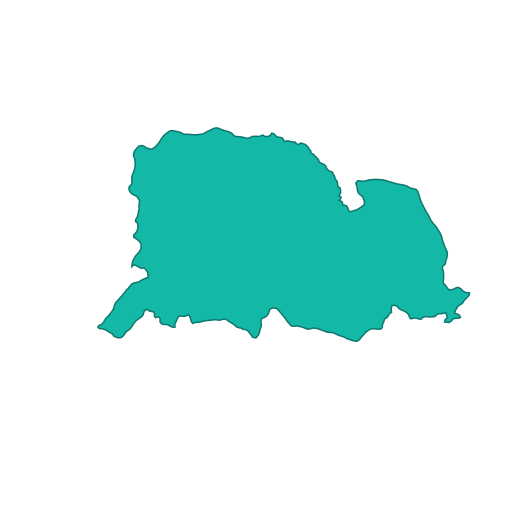 outline of Minas Novas, Minas Gerais, Brazil, rotated 151°
{"feature_id": "56859067B75045763241857", "entity_name": "Minas Novas", "entity_type": "district", "adm_level": 2, "iso_a3": "BRA", "parent_name": "Brazil", "parent_adm1": "Minas Gerais", "projection": "mercator", "projection_center": [-42.425, -17.355], "detail": "fine", "context": "isolated", "style": "filled", "palette": "teal", "viewbox_px": 512, "rotation_deg": 151, "n_neighbors": 0, "source": "geoboundaries", "source_scale": "gbopen_adm2", "svg_char_len": 6114}
<svg xmlns="http://www.w3.org/2000/svg" viewBox="0 0 512 512"><g transform="rotate(151 256 256)"><path d="M314.7,400.6L316.3,396.4L317.5,394.3L318.9,392.3L320.5,390.5L321.9,389.2L323.8,387.8L326.2,385.4L328.4,381.6L329.0,379.9L330.9,378.7L332.8,378.3L334.2,377.1L335.1,374.8L335.0,372.6L334.4,370.4L331.3,365.8L331.1,363.2L331.1,360.6L332.4,358.9L333.4,357.6L334.4,355.9L335.4,353.9L337.2,351.9L338.5,350.2L339.7,349.0L340.8,347.6L343.2,346.5L344.7,344.5L343.7,342.3L344.5,340.0L345.4,338.1L346.8,336.6L348.3,335.3L350.5,334.3L352.8,333.6L353.8,331.7L352.4,329.0L351.5,327.0L350.8,324.9L350.8,322.1L351.9,319.8L353.4,317.9L355.8,316.4L358.1,315.5L360.3,314.8L362.3,313.9L366.5,311.1L369.8,306.9L366.8,307.4L365.3,305.6L362.9,301.4L361.0,300.4L359.2,299.2L359.1,296.9L358.5,295.3L359.1,293.4L359.8,291.5L360.5,289.5L362.8,290.0L367.5,290.4L369.3,290.3L371.2,290.1L373.0,290.8L376.1,291.6L378.3,291.7L381.4,290.6L383.7,289.4L385.6,289.3L387.3,288.2L391.5,286.7L393.1,286.0L395.0,285.4L397.1,284.6L399.3,283.8L401.0,283.4L402.9,282.2L406.2,278.9L407.7,278.0L410.7,276.5L414.0,275.2L416.5,274.6L418.3,273.9L421.6,271.9L423.5,271.2L425.5,271.1L427.1,271.4L428.8,270.5L428.2,268.5L425.0,266.3L423.3,264.2L419.2,257.0L419.3,255.0L418.0,253.2L416.6,251.6L414.9,250.6L413.3,250.1L411.4,250.3L409.5,251.0L408.0,251.9L406.4,252.5L404.6,252.9L402.2,253.1L399.7,254.0L396.3,255.9L394.5,256.7L392.4,257.5L389.6,257.9L386.8,258.1L385.1,258.5L383.3,259.3L382.1,260.5L380.6,261.8L378.5,262.6L376.6,261.3L375.7,259.3L374.0,257.9L372.3,256.3L373.0,254.4L374.1,252.5L373.8,250.8L371.3,250.3L370.1,248.8L370.7,246.7L371.8,245.1L371.7,243.0L370.5,241.2L368.7,240.1L366.9,239.2L364.6,235.5L363.1,233.9L361.2,233.1L360.7,234.9L359.4,236.3L357.5,237.5L355.6,239.1L352.8,240.8L350.5,239.7L348.9,238.5L347.0,237.7L345.0,237.5L343.2,236.9L343.4,234.5L343.7,232.3L344.4,230.2L344.1,227.7L341.9,227.4L339.9,226.7L338.0,225.6L333.5,224.5L331.4,223.8L328.6,222.6L324.8,221.0L322.9,220.3L321.2,219.1L319.1,217.5L316.3,216.9L314.4,216.4L312.7,214.7L311.7,212.5L308.9,207.5L307.4,203.5L305.8,201.6L304.1,200.3L302.9,198.1L300.8,196.7L299.5,194.7L299.1,192.6L298.8,190.7L298.5,188.9L298.3,186.5L295.8,184.4L293.5,185.2L292.0,185.9L290.4,187.1L288.5,189.4L286.3,191.3L284.7,193.0L284.1,194.8L283.3,196.7L281.9,198.2L280.2,198.5L278.4,198.1L276.1,198.3L273.7,199.2L271.7,200.8L269.7,202.7L267.4,202.7L264.6,201.3L263.1,199.6L262.1,195.0L261.0,189.2L260.6,186.2L260.4,183.7L259.9,181.7L259.2,178.2L258.2,176.9L254.3,175.0L250.7,172.1L249.1,170.3L247.5,168.3L246.4,167.0L244.9,166.3L240.6,165.1L238.8,163.9L236.6,161.8L231.3,155.6L229.7,154.1L227.5,152.8L225.4,151.2L222.7,147.2L218.1,142.3L217.1,140.4L215.7,138.7L214.0,136.8L211.1,133.9L209.2,132.6L207.5,132.5L205.2,132.9L203.3,134.0L200.5,134.8L198.3,135.7L195.7,136.3L193.4,136.5L191.3,136.5L189.5,136.0L186.7,134.1L183.1,131.9L181.3,131.7L179.8,132.6L178.6,134.8L175.9,136.7L174.3,138.6L171.4,138.6L169.3,139.6L167.3,140.9L164.7,141.0L163.9,143.3L162.6,145.2L161.5,146.5L159.9,146.3L158.3,145.4L156.9,143.5L156.5,140.9L155.0,138.3L152.9,135.7L151.5,133.1L150.9,130.8L151.4,128.4L151.4,126.5L150.1,125.6L147.6,125.1L145.6,123.8L144.0,121.8L142.1,120.7L140.3,121.4L138.5,121.4L136.8,120.5L135.1,119.5L133.7,118.4L131.7,117.7L129.9,116.5L128.1,116.5L126.3,117.0L124.6,117.0L121.4,115.5L119.5,114.9L117.2,114.1L118.1,111.7L118.4,109.4L121.3,108.7L123.1,106.9L121.3,105.6L119.4,104.3L117.0,104.3L114.8,105.2L113.2,105.4L111.2,104.5L109.0,103.4L107.0,103.1L106.8,105.9L108.5,108.0L110.1,109.6L108.7,111.1L107.2,112.2L103.7,114.1L101.9,114.5L99.7,114.4L97.6,114.9L95.4,116.3L90.9,117.5L88.4,118.5L87.1,120.2L88.7,121.2L90.3,122.5L91.6,124.4L92.3,126.1L92.7,128.2L94.3,130.4L96.4,131.2L98.2,131.1L99.9,131.3L101.7,132.0L103.4,132.5L104.1,134.5L104.4,137.1L104.8,139.6L105.3,141.5L104.5,143.2L103.3,144.7L101.0,148.6L100.1,150.5L99.4,152.2L99.2,154.1L98.5,155.9L97.0,156.7L95.2,156.9L93.5,158.1L92.3,160.0L90.3,161.4L87.6,165.0L86.8,167.2L86.5,171.4L86.1,174.5L85.7,176.2L85.5,178.2L85.0,180.5L84.4,182.5L84.0,184.4L83.9,187.4L84.3,193.7L84.7,196.3L85.2,198.2L85.4,200.1L85.8,201.8L85.7,203.6L85.5,206.2L85.5,209.3L85.7,212.6L85.6,218.2L85.4,221.1L85.2,223.8L84.6,227.1L84.0,229.6L83.7,231.5L83.2,233.7L83.7,236.5L85.6,238.5L87.4,239.9L88.8,241.8L89.9,243.7L91.0,245.1L92.7,246.6L97.6,250.6L101.6,254.6L103.8,256.7L105.6,258.8L107.8,260.8L109.4,262.0L112.6,264.0L114.4,265.1L118.2,266.9L120.9,268.0L123.5,268.5L126.7,269.7L128.5,271.2L130.7,272.5L133.4,271.3L134.4,266.4L135.6,264.2L135.9,260.9L134.8,258.3L134.0,255.7L134.3,253.8L134.6,251.9L135.3,249.8L136.4,248.5L138.5,248.0L142.7,247.6L145.5,247.6L147.9,248.0L150.2,248.6L152.4,249.1L153.0,251.0L152.4,253.6L152.5,256.0L153.7,257.4L155.6,258.3L154.8,259.8L154.4,261.9L156.4,264.2L154.1,265.1L153.0,266.4L154.2,268.2L152.3,269.6L150.9,271.0L149.9,273.1L149.5,274.9L150.4,276.3L150.3,278.2L149.3,280.5L148.9,282.7L149.5,284.9L148.6,287.4L148.8,289.8L148.5,292.3L151.1,295.5L151.8,297.8L151.4,300.5L151.9,302.7L154.2,305.9L155.2,307.7L154.6,310.0L155.0,311.8L155.8,314.3L156.4,317.0L158.1,319.6L157.1,321.3L157.7,323.7L157.6,325.9L158.1,327.7L158.8,329.6L162.0,333.1L164.6,332.8L166.0,334.1L166.6,336.7L168.5,337.9L170.1,339.1L171.5,340.7L173.2,341.8L175.6,342.0L175.7,346.1L177.3,348.1L179.5,349.4L180.5,351.4L180.8,353.8L182.6,355.8L185.4,354.4L188.3,355.0L190.5,356.4L191.2,358.4L193.5,358.7L195.9,359.2L197.5,360.5L199.5,361.5L201.5,362.4L203.7,362.4L205.9,362.8L208.3,364.5L209.8,366.2L211.4,367.4L214.6,369.7L216.3,370.7L217.2,372.7L217.6,375.0L218.9,377.0L220.5,378.8L223.6,381.8L225.4,383.9L226.6,385.6L228.1,387.0L230.0,387.8L231.7,388.1L235.9,388.3L238.4,388.5L243.0,388.4L247.5,390.1L249.8,391.1L251.6,392.1L255.9,395.1L259.2,396.9L260.6,398.3L261.6,400.0L263.7,402.3L265.7,404.0L267.0,405.2L268.6,406.3L270.2,407.1L272.0,407.1L275.3,406.7L277.6,406.2L279.7,405.4L281.9,404.4L286.5,401.9L288.1,401.4L290.3,400.5L292.1,400.1L293.8,400.0L295.7,400.1L297.8,401.9L299.6,403.9L300.6,406.0L301.7,407.6L303.3,408.4L305.0,408.9L306.8,408.4L311.1,406.9L313.3,405.0L314.6,402.9L314.7,400.6Z" fill="#14b8a6" stroke="#0f766e" stroke-width="1.5"/></g></svg>